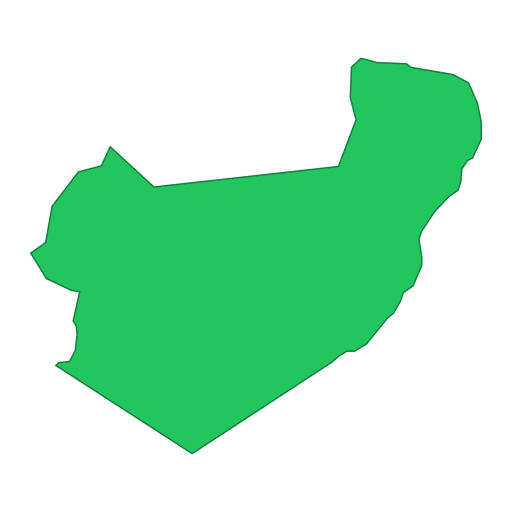 Pamlico, North Carolina, United States of America (Mercator projection)
{"feature_id": "52423323B84079682288186", "entity_name": "Pamlico", "entity_type": "district", "adm_level": 2, "iso_a3": "USA", "parent_name": "United States of America", "parent_adm1": "North Carolina", "projection": "mercator", "projection_center": [-76.685, 35.151], "detail": "fine", "context": "isolated", "style": "filled", "palette": "green", "viewbox_px": 512, "rotation_deg": 0, "n_neighbors": 0, "source": "geoboundaries", "source_scale": "gbopen_adm2", "svg_char_len": 756}
<svg xmlns="http://www.w3.org/2000/svg" viewBox="0 0 512 512"><path d="M55.9,365.5L192.1,453.6L332.2,361.9L339.0,356.0L346.8,351.2L354.6,351.2L366.3,344.1L387.7,317.9L393.6,313.1L400.4,301.2L403.3,292.8L413.1,285.7L421.8,265.4L421.8,257.1L418.9,239.2L421.8,230.9L434.5,211.8L449.1,196.3L457.9,190.3L460.8,182.0L461.8,168.9L467.6,160.5L472.5,158.1L481.3,139.0L481.3,122.3L477.4,103.2L468.6,82.9L453.0,74.6L411.1,67.4L406.3,63.8L377.0,62.6L364.4,59.1L360.8,58.4L351.5,67.2L350.3,97.7L356.1,119.8L338.4,166.5L153.9,187.0L110.2,146.8L101.3,165.9L78.4,171.9L52.1,206.3L45.7,242.5L30.7,253.1L46.5,278.6L71.3,290.3L79.7,291.8L73.2,320.9L76.3,326.1L77.1,334.2L75.3,350.4L69.5,361.5L58.8,362.7L55.9,365.5Z" fill="#22c55e" stroke="#15803d" stroke-width="1.5"/></svg>